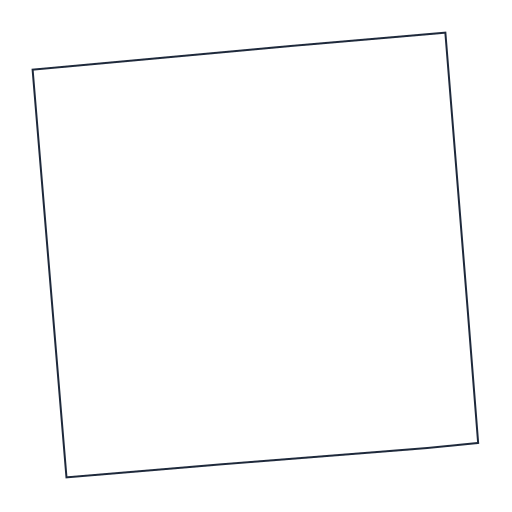 Wilson, Kansas, United States of America (orthographic projection), rotated 265°
{"feature_id": "52423323B84575223553196", "entity_name": "Wilson", "entity_type": "district", "adm_level": 2, "iso_a3": "USA", "parent_name": "United States of America", "parent_adm1": "Kansas", "projection": "orthographic", "projection_center": [-95.752, 37.559], "detail": "fine", "context": "isolated", "style": "outline", "palette": "slate", "viewbox_px": 512, "rotation_deg": 265, "n_neighbors": 0, "source": "geoboundaries", "source_scale": "gbopen_adm2", "svg_char_len": 267}
<svg xmlns="http://www.w3.org/2000/svg" viewBox="0 0 512 512"><g transform="rotate(265 256 256)"><path d="M461.1,49.7L52.0,47.9L51.5,203.0L49.8,409.1L50.4,461.0L184.6,462.2L462.0,464.1L462.2,308.8L461.1,49.7Z" fill="none" stroke="#1e293b" stroke-width="2"/></g></svg>